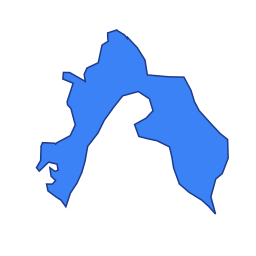 Pyrogi, Nicosia, Cyprus (Equal Earth projection), rotated 171°
{"feature_id": "46923920B75368188924059", "entity_name": "Pyrogi", "entity_type": "district", "adm_level": 2, "iso_a3": "CYP", "parent_name": "Cyprus", "parent_adm1": "Nicosia", "projection": "equal_earth", "projection_center": [33.488, 35.08], "detail": "fine", "context": "isolated", "style": "filled", "palette": "blue", "viewbox_px": 256, "rotation_deg": 171, "n_neighbors": 0, "source": "geoboundaries", "source_scale": "gbopen_adm2", "svg_char_len": 1180}
<svg xmlns="http://www.w3.org/2000/svg" viewBox="0 0 256 256"><g transform="rotate(171 128 128)"><path d="M55.0,29.3L56.9,47.1L49.3,63.9L42.0,68.3L33.8,82.5L31.4,101.1L37.9,108.2L45.2,118.9L55.0,134.0L58.3,143.7L59.9,155.3L64.8,169.5L79.4,172.1L100.6,177.4L100.6,192.5L106.3,205.9L114.4,217.8L114.8,216.6L116.9,220.5L123.9,226.3L123.0,226.7L133.2,225.1L133.7,221.9L134.2,216.6L138.0,215.1L140.7,213.9L147.2,197.1L159.1,193.7L162.9,187.9L162.9,180.7L176.9,191.9L183.1,193.0L183.7,190.6L184.7,186.6L175.2,180.8L184.0,163.5L184.1,160.3L181.3,156.1L179.6,139.3L186.2,129.5L200.5,124.6L202.0,123.4L202.6,124.4L214.7,126.9L216.9,123.3L216.8,123.0L219.4,109.5L224.6,103.2L222.4,99.3L211.8,106.7L203.7,103.4L203.7,97.2L207.0,96.6L211.4,101.0L211.5,92.3L207.7,87.5L211.5,84.4L217.2,85.4L216.9,78.4L209.8,71.1L205.4,67.2L201.7,59.9L195.1,72.7L187.0,81.6L180.5,91.4L175.6,102.0L170.7,116.2L158.5,127.7L150.3,139.3L138.9,150.8L128.3,160.6L112.0,162.4L108.8,159.4L102.3,153.5L100.6,141.1L108.8,134.8L121.0,130.4L118.6,118.0L110.4,114.4L101.4,110.9L90.0,102.9L89.2,92.3L89.2,81.6L86.0,64.7L77.8,55.0L66.4,45.2L60.7,38.1L55.0,29.3Z" fill="#3b82f6" stroke="#1e3a8a" stroke-width="1.5"/></g></svg>